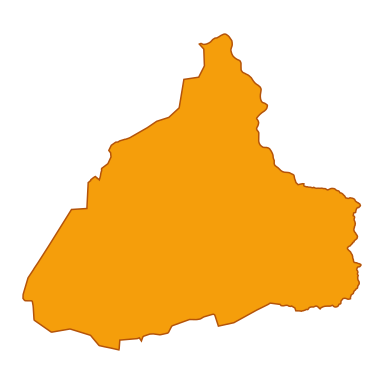 outline of Formosa do Rio Preto, Bahia, Brazil
{"feature_id": "56859067B17648013689335", "entity_name": "Formosa do Rio Preto", "entity_type": "district", "adm_level": 2, "iso_a3": "BRA", "parent_name": "Brazil", "parent_adm1": "Bahia", "projection": "orthographic", "projection_center": [-45.652, -10.857], "detail": "fine", "context": "isolated", "style": "filled", "palette": "amber", "viewbox_px": 384, "rotation_deg": 0, "n_neighbors": 0, "source": "geoboundaries", "source_scale": "gbopen_adm2", "svg_char_len": 6003}
<svg xmlns="http://www.w3.org/2000/svg" viewBox="0 0 384 384"><path d="M118.9,349.9L119.2,348.4L119.8,340.1L137.3,338.6L139.3,337.8L141.4,341.0L142.8,337.1L143.2,336.6L143.9,336.1L149.7,334.1L153.3,333.9L159.9,334.8L161.1,334.6L167.3,333.2L168.1,332.8L168.6,332.2L171.0,327.5L171.7,326.3L172.4,325.7L189.5,319.5L196.0,319.6L197.2,319.5L200.1,319.0L201.1,318.5L203.4,317.1L204.1,316.8L212.3,314.4L213.2,314.2L214.2,314.5L214.9,315.3L218.4,326.1L233.9,322.7L256.5,310.2L268.0,304.5L270.2,303.1L280.1,304.4L281.1,305.6L281.9,305.7L282.6,305.8L283.6,305.8L285.4,305.4L286.4,305.3L287.1,305.3L287.9,305.5L289.0,306.2L290.9,306.4L291.6,306.0L294.9,308.0L295.8,310.8L299.7,310.9L301.5,311.2L302.4,310.8L303.0,310.8L305.4,310.0L306.0,309.5L306.6,309.5L307.7,309.6L308.3,309.0L309.1,307.8L309.7,307.4L310.7,307.1L311.3,307.0L312.1,306.9L312.8,307.0L313.5,307.0L315.6,306.1L316.5,306.1L317.3,306.4L317.9,306.9L318.8,307.6L319.1,308.1L320.1,308.9L320.7,308.1L321.2,307.7L322.0,307.3L322.7,306.9L324.7,306.3L326.0,306.2L327.3,306.1L330.1,306.1L330.9,305.9L331.8,305.5L332.5,305.3L333.0,305.7L333.5,306.2L334.2,306.7L335.1,307.0L335.9,307.0L336.8,306.8L337.6,306.4L338.2,305.9L338.6,305.2L338.8,304.6L339.2,304.1L340.2,304.0L340.8,303.5L341.0,301.4L341.3,300.5L342.1,299.8L343.0,298.6L343.8,298.4L344.7,298.3L345.7,298.4L346.3,298.6L347.1,298.9L347.8,299.2L348.5,299.2L349.7,299.0L350.5,298.7L350.4,297.5L350.7,296.7L351.1,295.1L352.6,293.9L353.2,293.5L353.5,292.8L353.7,291.9L354.5,290.6L355.2,290.2L355.7,289.6L356.0,289.0L356.5,288.6L357.1,288.4L357.5,287.9L357.8,286.1L358.1,285.4L358.5,285.0L358.9,284.4L359.2,283.7L359.2,282.7L359.0,281.6L358.0,279.9L357.7,278.8L357.8,277.8L357.6,276.9L358.0,276.2L358.2,275.5L357.4,274.2L357.5,273.5L357.6,272.9L357.9,272.3L357.7,271.4L357.5,270.8L356.9,270.2L356.7,269.4L357.0,268.4L357.3,267.7L357.9,267.0L359.7,266.7L360.2,266.2L360.7,265.6L361.0,265.0L360.6,264.3L359.7,264.0L359.0,263.6L358.3,263.6L356.9,262.9L355.9,262.7L355.1,262.6L354.3,262.4L353.8,261.8L353.5,261.1L353.4,259.8L353.2,259.2L352.9,258.5L352.7,257.8L352.7,257.1L352.6,256.4L352.4,255.6L352.1,254.7L351.1,253.2L350.9,252.6L350.5,251.9L349.9,251.4L349.5,250.9L348.9,250.5L347.6,249.0L347.4,248.1L347.9,247.2L349.0,246.3L350.4,245.7L350.7,245.1L351.4,244.4L351.9,243.8L352.5,243.5L352.5,242.8L353.5,242.0L354.1,241.7L354.2,240.9L354.8,240.3L355.5,239.8L357.0,238.5L357.1,237.7L357.5,236.9L357.3,235.9L356.9,235.1L356.4,234.6L355.6,233.1L354.5,231.8L354.1,230.8L353.8,229.9L354.1,228.2L354.4,227.5L354.4,226.8L355.2,224.9L355.1,224.0L355.3,223.4L354.8,221.5L354.2,220.2L354.1,218.9L354.4,218.2L354.6,217.5L354.4,216.4L353.2,215.7L353.3,214.9L353.5,214.2L353.6,213.1L354.2,212.7L355.0,212.7L355.6,212.4L355.9,210.7L356.2,209.6L356.6,208.7L357.3,207.8L358.0,207.5L358.7,207.6L359.2,207.0L360.0,206.3L360.4,205.5L359.7,203.9L358.9,203.5L358.4,202.9L357.8,202.8L355.7,201.3L355.3,200.8L354.7,199.5L354.0,198.9L352.7,198.3L350.0,197.8L348.7,198.4L347.9,198.4L345.6,197.8L345.2,196.9L344.6,195.9L343.7,195.1L342.8,194.1L341.6,193.2L339.9,192.7L339.3,191.6L338.7,191.0L336.4,190.3L335.1,189.1L334.0,188.6L332.2,188.4L331.2,188.5L330.2,188.8L329.5,189.2L328.1,189.8L327.3,189.9L326.1,189.1L325.1,188.6L323.5,188.6L322.9,188.4L321.7,188.2L320.1,188.3L318.1,188.2L316.3,188.3L315.0,188.0L313.8,187.3L313.1,187.7L312.1,187.7L310.5,187.2L309.2,187.2L308.2,187.1L307.5,186.8L306.7,186.9L305.5,186.5L304.3,186.2L303.8,185.5L303.8,184.9L303.9,183.8L302.7,183.7L300.5,184.1L298.1,184.7L295.9,182.5L295.5,181.0L294.6,178.6L294.1,175.9L293.8,175.1L292.7,174.3L291.6,173.9L290.2,173.1L289.3,172.7L288.1,172.5L284.3,172.2L282.5,171.6L280.8,170.5L278.3,168.0L275.3,165.8L274.7,165.1L274.2,163.7L274.2,160.4L273.6,159.1L273.1,157.1L273.1,156.1L272.8,154.6L272.3,153.3L271.2,151.1L269.5,148.7L268.4,148.0L266.7,147.5L263.7,147.4L262.7,147.1L261.2,146.0L260.2,145.0L259.7,144.2L259.0,142.6L258.7,141.1L258.8,132.9L258.5,132.1L258.0,131.3L256.9,129.9L256.6,128.8L256.8,127.7L257.9,125.8L258.4,124.2L258.6,123.0L258.6,122.3L258.3,121.4L258.0,120.6L257.4,119.7L256.8,119.0L256.6,118.5L256.9,117.7L257.7,116.9L258.2,116.2L260.0,114.3L262.0,112.6L264.4,111.0L265.7,109.8L266.4,108.9L266.8,108.2L267.2,106.7L267.4,105.8L267.3,105.1L266.7,104.6L266.1,104.2L265.7,103.8L264.6,103.2L262.6,102.5L262.1,102.1L261.4,101.2L260.9,100.0L260.5,98.6L260.3,96.4L260.4,94.5L261.0,90.7L261.1,89.4L260.9,88.5L260.2,87.1L258.3,85.4L256.4,84.2L254.7,82.7L253.2,80.8L251.3,77.8L248.9,75.6L247.7,74.8L246.3,74.2L245.3,73.6L242.8,72.4L242.2,71.7L241.3,70.4L241.1,69.6L241.0,66.3L241.0,65.4L241.0,63.4L240.9,62.8L240.2,61.1L239.3,60.4L236.9,59.3L235.0,58.0L234.0,57.1L232.8,55.8L231.8,53.8L230.9,50.7L230.9,49.4L231.4,47.7L231.9,46.3L232.2,45.0L232.2,43.9L232.1,42.3L231.8,40.7L229.3,37.0L228.4,36.0L226.4,34.5L225.3,34.1L224.1,34.1L223.0,34.5L220.9,35.5L218.9,36.8L216.9,37.9L216.1,38.0L215.0,38.1L214.4,38.5L213.1,39.3L212.6,39.7L210.6,41.9L208.7,43.1L206.3,44.1L204.3,44.4L203.5,44.4L202.5,44.2L201.7,43.6L200.8,43.5L199.9,43.8L199.3,44.1L203.8,49.1L204.4,65.9L198.7,77.2L183.9,79.4L179.2,107.7L178.7,108.3L168.8,117.4L156.7,121.3L147.3,127.7L129.5,137.9L125.6,139.3L124.9,139.3L119.7,140.9L118.0,142.0L115.7,142.2L111.3,145.3L108.8,150.4L109.3,151.2L110.6,152.8L111.0,157.0L107.9,163.7L102.9,167.5L101.9,168.2L101.5,169.0L101.6,169.8L101.6,170.6L101.5,171.3L101.2,171.8L100.8,173.5L100.7,174.3L100.3,176.6L99.3,179.9L98.6,179.2L98.0,178.7L97.3,178.5L97.0,177.8L96.4,177.6L96.0,177.0L95.4,176.5L94.4,177.0L93.5,177.7L92.7,178.2L92.1,178.8L91.3,179.3L90.8,179.8L90.7,180.6L89.8,181.2L89.0,182.0L88.2,182.6L86.9,208.5L71.5,209.5L48.5,246.3L38.0,262.7L34.3,268.2L33.3,269.9L28.2,277.6L27.9,278.3L23.2,294.2L23.1,295.1L23.0,298.4L23.6,299.2L24.2,300.0L25.1,300.7L27.9,300.8L31.5,300.8L32.3,301.4L33.1,305.7L33.3,308.0L34.0,319.1L34.2,320.1L34.8,320.6L51.1,332.0L52.0,332.1L69.9,329.0L70.8,329.2L78.6,331.6L90.5,335.3L91.2,336.1L92.9,338.2L98.7,345.1L99.3,345.6L104.6,346.8L110.6,348.0L118.9,349.9Z" fill="#f59e0b" stroke="#b45309" stroke-width="1.5"/></svg>